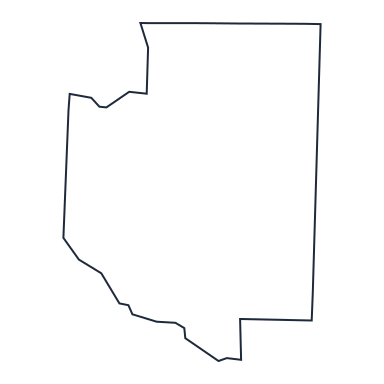 Weakley, Tennessee, United States of America (Equal Earth projection)
{"feature_id": "52423323B99805929976659", "entity_name": "Weakley", "entity_type": "district", "adm_level": 2, "iso_a3": "USA", "parent_name": "United States of America", "parent_adm1": "Tennessee", "projection": "equal_earth", "projection_center": [-88.766, 36.283], "detail": "fine", "context": "isolated", "style": "outline", "palette": "slate", "viewbox_px": 384, "rotation_deg": 0, "n_neighbors": 0, "source": "geoboundaries", "source_scale": "gbopen_adm2", "svg_char_len": 525}
<svg xmlns="http://www.w3.org/2000/svg" viewBox="0 0 384 384"><path d="M146.5,23.1L140.5,23.0L140.4,23.0L148.1,47.6L146.7,93.7L129.2,91.8L106.4,107.4L99.4,106.7L91.3,97.8L69.7,93.9L68.5,110.3L63.4,237.9L78.9,259.6L101.3,273.3L119.4,303.4L128.4,305.2L132.4,314.3L156.6,321.7L175.4,322.8L184.3,328.1L185.3,338.2L218.5,361.0L226.8,358.1L241.1,359.8L240.1,319.0L311.7,320.5L312.8,292.3L320.6,24.1L303.9,23.8L285.3,23.7L236.7,23.5L205.3,23.2L186.6,23.1L156.4,23.1L146.5,23.1Z" fill="none" stroke="#1e293b" stroke-width="2"/></svg>